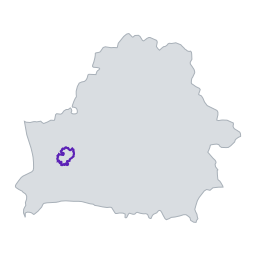 Slonim, Grodno, Belarus (highlighted)
{"feature_id": "67162791B56929358145249", "entity_name": "Slonim", "entity_type": "district", "adm_level": 2, "iso_a3": "BLR", "parent_name": "Belarus", "parent_adm1": "Grodno", "projection": "albers", "projection_center": [25.224, 53.068], "detail": "fine", "context": "in_parent", "style": "outline", "palette": "violet", "viewbox_px": 256, "rotation_deg": 0, "n_neighbors": 0, "source": "geoboundaries", "source_scale": "gbopen_adm2", "svg_char_len": 6632}
<svg xmlns="http://www.w3.org/2000/svg" viewBox="0 0 256 256"><path d="M223.0,187.1L218.4,187.2L212.9,187.8L210.0,190.3L206.6,189.5L204.3,190.9L199.3,197.3L197.4,200.6L195.8,205.7L194.8,209.4L195.7,211.9L196.9,214.2L197.3,216.7L197.9,218.7L196.7,220.3L196.0,222.4L193.7,222.2L190.7,220.4L189.9,217.6L187.5,215.7L186.0,214.7L183.6,214.7L179.9,215.9L175.0,217.0L171.2,217.4L169.2,218.6L166.3,219.7L165.0,218.6L163.2,215.4L161.6,212.2L160.6,210.8L159.7,210.4L158.7,210.6L157.6,211.7L156.8,212.8L153.7,214.2L152.4,215.4L151.0,218.5L150.0,218.4L148.9,217.7L147.6,214.4L145.9,213.7L143.3,213.8L140.0,213.2L137.3,212.3L136.3,212.6L134.8,214.1L133.1,214.3L129.4,213.2L128.6,213.8L126.6,217.6L125.6,217.8L125.0,217.4L125.2,214.1L123.0,213.1L119.4,213.0L116.8,213.5L115.6,213.5L114.9,212.8L111.6,207.5L110.0,207.2L107.0,207.5L102.6,206.9L97.5,205.8L94.8,205.4L93.3,204.2L90.2,203.8L81.9,201.6L78.5,201.3L73.5,201.3L65.8,200.8L61.0,201.1L58.7,201.8L56.1,202.3L47.0,202.8L43.8,203.4L42.8,204.5L41.7,207.0L37.9,211.3L34.3,214.2L33.6,214.4L31.5,212.8L29.7,212.3L27.6,212.1L26.2,212.5L25.2,213.2L25.3,216.6L25.1,216.9L23.5,212.9L23.7,209.3L24.7,207.2L25.8,205.4L25.4,202.6L26.6,199.0L26.7,196.3L26.2,195.1L25.4,193.8L23.1,192.3L22.1,191.1L18.9,189.5L15.9,187.5L15.4,186.3L15.5,185.5L16.1,184.3L18.6,180.8L21.3,177.4L23.0,176.1L31.8,171.8L33.2,170.3L33.6,167.7L33.5,162.3L33.1,157.5L32.5,154.1L31.0,147.9L26.8,134.8L24.4,121.3L26.1,122.2L30.2,122.5L33.4,121.7L35.1,121.6L36.6,121.9L40.8,121.2L41.9,122.4L43.7,123.5L47.5,122.0L50.8,120.2L54.2,120.4L54.7,119.5L55.6,114.7L56.6,113.7L60.7,114.2L62.2,113.3L63.8,111.0L66.2,109.5L68.2,109.5L70.3,107.9L71.3,109.0L71.8,110.9L71.1,112.5L71.4,113.1L72.9,113.9L75.3,113.9L76.9,113.2L77.3,112.3L77.3,110.7L76.9,109.2L75.8,107.8L73.8,107.2L72.5,107.2L72.2,106.3L72.7,104.6L73.9,101.3L75.3,98.3L76.2,97.1L76.4,96.1L76.2,94.3L76.2,91.1L77.4,86.5L79.2,83.1L81.6,82.0L84.5,81.4L86.3,79.7L87.2,77.9L88.0,74.9L88.9,74.3L95.9,74.6L96.9,71.6L97.5,70.8L98.8,69.9L99.7,68.9L99.3,68.1L97.5,67.6L93.3,67.2L92.5,66.3L92.7,65.1L93.8,62.1L94.8,58.2L95.3,55.2L95.3,53.4L95.9,52.9L99.2,52.3L100.3,51.7L103.2,47.5L105.3,46.8L111.1,47.7L113.7,47.5L117.0,47.7L117.3,47.3L118.3,43.2L123.7,36.5L126.6,34.1L128.5,33.6L129.1,33.7L132.3,37.0L133.0,37.1L134.9,35.5L138.4,35.3L140.0,36.4L142.5,40.5L143.7,40.9L147.0,38.4L148.8,37.5L150.0,37.5L156.6,40.4L157.1,41.4L157.2,42.6L156.4,46.5L157.9,48.7L159.5,50.2L162.6,47.4L163.8,46.6L165.1,46.5L166.8,45.4L168.0,43.9L169.2,43.3L171.6,43.5L175.8,42.8L180.9,44.8L181.3,45.4L184.0,48.0L185.0,49.2L185.8,49.6L187.2,50.8L189.1,51.5L190.3,51.1L190.9,51.5L191.5,52.5L191.7,54.3L191.9,59.3L190.3,62.1L190.2,63.0L190.4,64.1L191.9,66.2L194.0,69.4L194.6,71.3L194.7,72.8L192.6,77.3L191.8,78.4L191.4,80.6L191.3,82.7L191.5,83.6L196.0,86.7L199.3,88.3L200.0,89.2L200.2,89.7L198.8,93.6L198.7,94.6L201.4,95.9L202.9,98.2L204.5,102.0L207.2,105.6L216.7,110.3L217.5,111.2L217.9,112.3L217.9,114.9L216.7,120.0L218.3,120.6L222.2,120.0L227.1,120.2L233.3,123.0L233.4,124.6L233.0,126.1L233.5,127.5L234.3,128.7L239.7,132.1L240.3,133.2L240.6,135.0L240.6,136.4L239.3,136.9L237.8,137.7L235.4,139.6L234.6,142.0L230.8,145.7L228.4,147.4L226.4,147.6L221.4,147.4L219.6,146.0L218.8,144.6L216.8,144.1L214.4,144.3L211.0,144.8L210.3,145.3L209.9,147.2L208.7,150.4L207.8,152.2L212.7,157.9L215.1,160.2L215.9,161.7L216.0,162.8L215.1,164.2L215.5,166.7L217.9,169.9L217.2,170.5L217.4,174.7L217.8,179.2L218.5,180.2L219.7,181.0L220.8,182.6L222.8,186.1L223.0,187.1Z" fill="#d9dde1" stroke="#a8b0b8" stroke-width="1"/><path d="M62.8,148.5L62.5,148.7L62.3,148.9L62.1,149.1L62.1,149.3L62.1,149.5L61.9,149.7L61.8,149.9L61.8,150.1L62.0,150.4L61.9,150.5L61.7,150.7L61.4,150.7L61.1,150.8L60.8,151.0L60.7,151.2L60.7,151.4L60.9,151.6L61.0,151.8L61.0,152.0L61.4,152.2L61.5,152.3L61.5,152.6L61.9,152.7L62.2,152.8L62.5,152.8L62.8,152.9L63.1,152.9L63.5,153.0L63.7,153.3L63.7,153.5L63.8,153.7L63.8,153.9L63.7,154.0L63.6,154.3L63.3,154.3L63.3,154.6L63.3,154.8L63.2,155.0L62.9,155.0L62.6,154.9L62.3,154.9L61.9,154.9L61.8,154.7L61.7,154.5L61.3,154.5L61.0,154.5L60.6,154.6L60.3,154.6L60.0,154.5L59.6,154.4L59.4,154.3L59.0,154.1L59.0,154.3L59.0,154.6L58.8,154.8L58.7,154.8L58.4,154.9L58.2,155.0L58.3,155.3L58.4,155.5L58.2,155.7L57.9,155.6L57.7,155.6L57.5,155.8L57.8,156.1L58.0,156.3L58.1,156.5L58.1,156.8L57.8,157.0L57.6,157.1L57.6,157.4L57.7,157.5L57.8,157.6L57.8,157.8L57.8,158.0L57.6,158.1L57.4,158.3L57.2,158.6L57.2,158.9L57.3,159.1L57.4,159.3L57.6,159.5L57.7,159.8L57.7,160.3L57.7,160.7L57.8,160.6L58.0,160.4L58.6,160.4L58.9,160.5L59.2,160.8L59.2,161.2L59.1,161.5L59.1,161.9L59.1,162.1L59.3,162.4L59.5,162.6L59.6,162.8L59.7,163.0L59.9,163.2L60.3,163.2L60.5,163.1L60.7,162.9L60.8,162.5L60.8,162.3L60.8,161.9L61.1,161.8L61.3,161.8L61.5,162.0L61.5,162.4L61.3,162.7L61.2,163.0L61.2,163.5L61.3,163.9L61.3,164.0L61.5,164.3L61.4,164.5L61.2,164.7L61.2,164.9L61.4,164.9L61.5,164.9L61.8,164.8L61.9,164.6L62.1,164.8L62.1,165.1L62.4,165.1L62.6,164.9L62.6,164.7L62.9,164.4L63.1,164.2L63.4,164.1L63.6,164.1L63.7,164.5L64.2,165.0L64.6,165.0L64.8,164.9L64.8,164.6L64.8,164.3L65.1,163.9L65.4,163.7L65.8,163.5L66.1,163.3L66.4,163.4L66.5,163.6L66.5,163.9L66.5,164.1L66.3,164.3L66.2,164.6L66.6,164.9L67.0,165.1L67.5,165.0L67.9,164.8L68.0,164.6L68.1,164.4L68.1,164.0L68.1,163.9L67.8,163.8L67.6,163.8L67.3,163.8L67.2,163.7L67.2,163.2L67.2,162.9L67.3,162.6L67.5,162.6L67.6,162.3L67.5,162.1L67.4,161.9L67.2,161.6L67.0,161.4L67.0,161.2L67.3,161.0L67.7,161.0L68.0,161.1L68.4,161.2L68.7,161.1L69.1,161.1L69.6,160.9L69.6,160.6L69.6,160.3L69.6,160.2L69.6,159.7L69.9,159.6L70.1,159.4L70.1,159.2L70.2,158.8L70.5,158.6L70.9,158.4L71.2,158.3L71.7,158.1L71.9,157.9L72.1,157.6L72.3,157.3L72.5,157.0L72.7,156.9L73.0,156.9L73.3,156.8L73.5,156.5L73.7,156.2L73.7,155.8L73.5,155.4L73.5,155.0L73.7,154.5L74.0,154.2L74.0,153.5L73.9,153.3L73.8,153.1L73.8,152.8L73.9,152.6L73.9,152.4L73.9,152.1L73.7,152.0L73.5,151.9L73.2,151.7L73.1,151.3L73.2,151.0L73.4,150.8L73.5,150.6L73.6,150.4L73.6,150.2L73.5,149.6L73.2,149.5L73.0,149.4L72.8,149.2L72.7,149.1L72.6,148.9L72.5,148.6L72.3,148.4L72.2,148.5L71.9,148.7L71.7,148.9L71.7,149.2L71.6,149.4L71.4,149.5L71.2,149.8L70.7,150.0L70.4,150.2L70.0,150.2L69.9,150.2L69.7,150.1L69.5,149.9L69.5,149.7L69.4,149.5L69.3,149.4L69.1,149.3L68.8,149.3L68.7,149.3L68.5,149.2L68.4,149.0L68.4,148.8L68.3,148.6L68.3,148.4L68.3,148.2L68.2,148.0L68.0,147.9L67.6,148.0L67.0,148.0L66.8,147.9L66.6,147.9L66.4,147.5L66.2,147.3L65.9,147.3L65.6,147.3L65.4,147.4L65.2,147.6L65.1,147.9L64.8,148.0L64.6,148.2L64.7,148.4L64.6,148.6L64.2,148.7L64.2,148.9L64.0,149.0L63.8,148.9L63.6,148.7L63.3,148.7L63.0,148.7L62.9,148.6L62.8,148.5Z" fill="none" stroke="#5b21b6" stroke-width="2"/></svg>